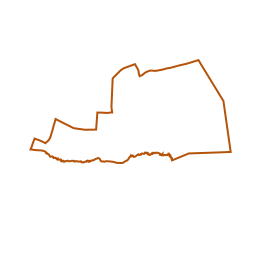 outline of Falelatai & Samatau, Aiga-i-le-Tai, Samoa, rotated 340°
{"feature_id": "51752279B18157705757653", "entity_name": "Falelatai & Samatau", "entity_type": "district", "adm_level": 2, "iso_a3": "WSM", "parent_name": "Samoa", "parent_adm1": "Aiga-i-le-Tai", "projection": "albers", "projection_center": [-172.03, -13.899], "detail": "fine", "context": "isolated", "style": "outline", "palette": "amber", "viewbox_px": 256, "rotation_deg": 340, "n_neighbors": 0, "source": "geoboundaries", "source_scale": "gbopen_adm2", "svg_char_len": 2877}
<svg xmlns="http://www.w3.org/2000/svg" viewBox="0 0 256 256"><g transform="rotate(340 128 128)"><path d="M144.2,70.4L140.8,71.3L130.6,76.1L119.7,102.4L118.4,108.0L116.6,107.4L115.6,107.2L113.8,106.8L111.6,105.9L108.7,104.6L105.9,103.6L104.5,103.0L97.5,118.6L93.7,117.3L86.7,114.8L77.5,109.9L77.3,109.7L76.7,109.4L74.2,106.7L72.9,105.5L72.5,104.8L70.8,103.2L63.0,94.8L60.7,98.1L59.3,99.8L58.1,101.6L55.7,105.0L54.3,106.9L51.8,110.2L50.5,111.4L48.8,112.6L45.4,113.9L45.3,114.0L40.6,109.3L36.6,106.0L32.7,110.6L30.2,113.7L29.1,114.8L30.3,115.2L31.5,116.1L33.7,117.2L37.4,118.8L39.6,119.8L41.7,121.4L42.7,122.8L42.5,123.5L43.1,123.7L43.0,124.3L44.1,125.2L44.7,126.1L44.7,126.8L45.0,128.3L45.8,128.6L46.1,128.5L46.9,128.8L47.7,129.4L47.9,129.9L47.6,130.3L47.9,130.8L49.1,130.9L49.5,131.5L49.9,131.4L50.3,131.8L50.5,132.6L51.3,132.7L50.7,133.3L51.5,133.9L52.2,133.9L52.7,134.3L53.2,134.3L54.3,134.8L54.3,135.3L53.8,136.2L54.0,136.6L55.1,136.8L55.8,136.6L56.0,137.0L56.7,137.4L56.6,137.9L57.7,137.7L58.3,138.0L60.2,138.1L60.5,138.6L61.3,139.2L62.2,139.4L63.9,139.6L66.0,140.4L66.2,141.3L66.5,141.4L68.1,141.4L68.8,142.0L71.1,143.1L71.8,143.0L72.6,143.5L72.6,144.3L73.4,144.8L73.9,144.7L75.0,145.2L76.1,145.0L77.1,145.4L77.8,144.8L78.5,145.1L79.1,144.9L79.4,145.3L79.1,145.9L79.8,146.5L80.8,146.4L81.0,145.9L81.7,146.2L83.4,146.1L83.9,146.5L85.6,146.4L86.5,146.0L88.3,146.1L89.6,145.9L90.6,146.8L90.9,147.5L91.1,149.3L91.2,149.8L92.0,150.6L93.1,150.8L94.2,151.6L94.8,151.7L95.6,151.6L96.8,152.0L99.3,153.1L103.0,155.0L104.6,156.3L106.4,157.3L108.2,158.0L108.8,158.3L110.0,158.7L111.3,159.0L114.1,158.3L115.3,158.3L117.3,157.7L118.2,157.0L118.5,156.5L118.9,156.3L120.3,155.6L121.2,154.8L121.6,155.7L122.3,155.2L123.1,155.5L123.3,155.8L123.2,156.4L123.5,157.1L123.9,157.3L125.5,157.2L127.2,156.6L128.9,156.3L129.2,157.2L130.9,157.5L131.3,156.9L132.0,156.8L132.8,156.9L133.1,157.3L134.3,157.8L135.1,157.2L135.2,157.6L136.6,157.3L137.2,157.5L137.7,158.0L137.2,158.4L137.5,158.9L138.0,158.6L138.4,158.9L138.6,159.8L138.4,160.3L139.0,160.7L139.8,160.7L140.3,160.4L141.1,160.8L141.9,160.7L142.1,159.8L142.6,159.7L143.3,160.0L143.4,160.4L144.9,160.9L145.1,160.6L145.9,160.8L147.1,161.3L148.1,162.0L148.8,162.6L149.5,163.4L148.9,164.1L150.1,165.0L151.4,164.3L150.9,165.3L151.9,165.9L153.1,165.7L153.9,166.2L154.6,166.6L156.0,166.6L156.0,166.8L156.9,166.7L157.3,165.9L157.7,166.1L157.8,167.2L158.5,168.0L158.5,168.5L157.5,168.3L157.4,168.8L157.9,169.6L158.3,170.7L158.9,171.0L159.0,171.5L158.3,172.3L158.3,173.5L176.4,172.7L211.5,184.1L216.3,185.6L226.9,135.3L217.4,88.3L205.3,87.7L199.8,87.0L197.3,86.7L187.7,85.9L186.1,85.5L184.4,85.2L183.1,85.2L179.4,84.8L178.0,84.5L175.0,84.1L172.5,83.4L171.3,82.8L169.4,81.9L168.2,81.6L167.0,81.6L164.9,81.6L163.3,81.8L159.3,83.1L156.7,83.3L156.7,81.4L156.9,80.0L157.5,77.3L156.4,70.4L144.2,70.4Z" fill="none" stroke="#b45309" stroke-width="2"/></g></svg>